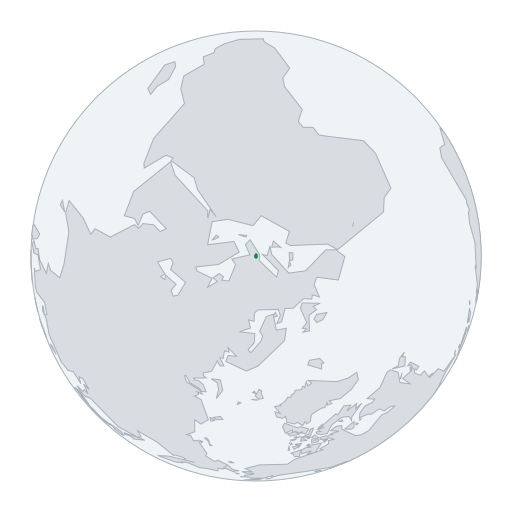 the Earth from above Korçë, rotated 180°
{"feature_id": "ALB-1521", "entity_name": "Korçë", "entity_type": "County", "adm_level": 1, "iso_a3": "ALB", "parent_name": "Albania", "parent_adm1": "", "projection": "orthographic", "projection_center": [20.625, 40.584], "detail": "fine", "context": "on_globe", "style": "filled", "palette": "green", "viewbox_px": 512, "rotation_deg": 180, "n_neighbors": 0, "source": "natural_earth", "source_scale": "10m", "svg_char_len": 11074}
<svg xmlns="http://www.w3.org/2000/svg" viewBox="0 0 512 512"><g transform="rotate(180 256 256)"><circle cx="256" cy="256" r="225" fill="#eef3f6" stroke="#a8b0b8"/><path d="M163.0,50.8L170.5,48.1L164.2,50.8L168.0,49.6L176.2,46.5L180.7,44.8L205.2,40.7L232.7,36.8L240.6,34.6L239.5,36.4L253.9,32.2L268.4,32.0L252.5,33.0L251.3,33.9L261.3,33.7L262.2,34.7L267.5,35.3L267.7,36.6L258.4,37.8L258.3,38.8L265.5,38.7L270.1,40.4L259.7,40.3L266.7,43.4L252.5,47.1L224.5,47.8L217.0,52.9L189.2,62.2L192.1,63.2L183.4,68.2L183.6,71.4L178.3,72.7L183.0,74.2L187.7,72.4L191.3,72.6L191.8,74.5L185.3,76.3L184.1,75.6L182.4,77.2L178.9,77.4L181.0,78.4L173.0,80.8L181.6,81.3L175.8,85.7L170.3,86.5L170.0,82.6L156.6,76.5L151.0,77.1L143.3,81.4L130.5,96.9L124.6,99.5L117.2,105.9L120.8,105.9L127.9,101.0L132.7,103.2L140.8,97.6L143.9,97.9L152.6,94.2L152.1,99.0L147.0,106.0L139.8,109.5L137.4,112.9L144.9,113.4L132.2,124.3L125.1,139.5L121.7,142.2L113.8,139.7L112.1,129.4L101.9,128.2L109.3,133.6L100.8,141.1L99.7,144.5L100.6,147.1L104.2,146.2L101.5,150.0L93.1,145.6L95.5,142.0L98.1,143.3L97.2,138.8L91.5,136.7L87.6,141.2L83.2,135.1L80.3,138.3L77.8,139.2L82.6,134.2L73.8,143.3L68.0,140.8L55.9,157.8L66.9,139.2L70.2,132.4L73.2,126.2L71.2,128.8L77.9,118.5L78.9,116.8L90.6,103.1L103.3,90.4L117.0,78.7L131.6,68.2L146.9,58.9L163.0,50.8ZM58.0,148.5L56.4,151.8L54.9,154.4L58.0,148.5ZM35.2,211.4L35.2,211.5L36.0,209.2L36.2,213.2L33.7,223.2L35.8,218.5L34.6,227.6L36.5,243.0L35.8,244.0L37.0,269.1L42.4,288.8L43.6,299.5L42.6,302.3L45.3,308.6L45.4,311.7L60.0,336.4L70.4,354.2L72.1,364.2L67.3,367.5L72.2,384.6L67.0,378.6L58.8,365.0L51.7,350.8L45.5,336.2L40.4,321.2L36.3,305.9L33.3,290.3L31.5,274.5L30.7,258.7L31.1,242.8L32.6,227.1L35.2,211.4ZM52.8,162.6L45.4,185.2L46.4,177.8L46.8,177.9L49.3,170.9L52.9,161.1L54.7,155.6L52.8,162.6ZM56.7,160.2L57.7,157.1L57.2,159.5L56.7,160.2ZM182.6,44.0L176.3,46.4L168.6,49.2L173.7,47.0L182.6,44.0ZM197.5,40.2L194.8,41.3L190.7,41.6L193.5,40.9L197.5,40.2ZM246.1,33.2L240.8,33.6L245.6,33.0L246.1,33.2ZM268.3,35.2L269.5,34.9L271.7,35.4L268.3,35.2ZM152.2,91.8L152.4,93.0L150.7,93.0L152.2,91.8ZM155.8,89.2L153.8,88.5L155.2,87.2L156.4,87.7L155.8,89.2ZM274.0,38.0L277.3,39.3L272.4,38.2L274.0,38.0ZM158.0,90.5L157.9,85.0L160.5,82.8L167.2,82.9L158.0,90.5ZM278.1,40.1L286.2,43.6L289.6,43.0L284.5,47.1L279.4,42.5L272.8,41.1L277.3,41.1L278.1,40.1ZM189.0,71.1L184.0,73.0L187.7,69.7L189.0,71.1ZM190.5,69.0L196.6,59.6L204.3,58.0L200.7,61.2L210.2,58.2L210.9,61.9L205.8,64.5L200.7,64.7L204.9,66.1L190.5,69.0ZM280.4,49.1L281.0,50.3L278.6,49.3L280.4,49.1ZM193.0,72.4L193.6,70.5L200.3,68.9L200.4,72.5L198.2,71.8L193.0,72.4ZM212.4,55.7L217.4,55.3L219.3,58.2L221.5,58.6L211.6,61.9L212.4,55.7ZM196.9,73.1L200.2,74.4L197.6,77.0L192.9,74.2L196.9,73.1ZM202.0,67.1L205.2,66.6L203.4,68.0L202.0,67.1ZM190.0,87.4L190.5,84.7L194.0,83.6L190.0,87.4ZM201.7,74.7L202.6,73.9L204.0,73.2L205.6,74.6L201.7,74.7ZM213.7,63.9L213.4,65.3L217.8,62.6L219.4,65.0L212.5,66.9L216.2,67.1L216.7,67.8L210.5,68.6L213.7,63.9ZM211.5,74.2L203.3,77.9L201.6,82.8L198.4,83.9L201.8,75.9L211.5,74.2ZM211.5,70.8L210.8,73.1L207.2,73.1L205.4,71.5L211.5,70.8ZM223.0,66.0L222.3,61.9L223.8,61.6L223.0,66.0ZM211.8,75.6L213.7,74.7L212.0,75.9L211.8,75.6ZM220.4,68.9L219.9,67.4L221.7,67.1L220.4,68.9ZM218.1,74.3L215.4,75.4L214.1,74.3L218.1,74.3ZM219.7,71.8L222.2,71.8L215.3,73.2L219.2,71.1L219.7,71.8ZM222.1,68.9L223.0,68.3L222.0,69.6L222.1,68.9ZM224.5,78.2L216.0,80.2L213.2,77.6L221.8,75.9L224.5,78.2ZM136.4,358.5L121.1,323.8L127.8,314.4L128.5,300.0L174.3,262.4L184.6,267.9L221.5,266.5L226.2,268.9L222.6,280.7L250.8,296.3L259.0,286.3L283.9,292.7L299.9,290.3L304.4,267.2L278.1,270.5L272.8,259.9L293.3,247.6L316.2,245.0L314.9,240.9L299.9,233.7L304.5,224.7L294.6,230.5L299.0,234.3L292.9,238.4L288.5,235.2L290.3,231.9L283.2,230.9L276.4,247.3L280.2,253.0L262.0,257.2L266.6,267.3L261.9,272.3L252.3,257.3L252.8,251.5L235.5,234.9L233.4,241.2L249.6,257.6L244.8,256.3L242.0,265.9L240.3,257.6L223.2,238.9L206.4,241.2L186.1,262.2L176.0,262.2L167.2,255.4L173.6,232.0L195.3,234.8L197.9,227.4L192.6,215.0L199.7,217.2L200.2,212.8L208.3,213.4L218.9,203.8L227.0,203.5L230.4,190.2L235.0,188.4L231.7,196.6L233.7,202.5L253.8,202.1L257.4,199.2L258.0,190.8L263.5,192.1L261.5,184.0L272.6,180.2L257.3,178.4L257.6,169.4L263.9,162.3L261.2,159.2L251.0,170.9L249.4,176.0L252.4,180.8L245.6,195.4L238.9,197.8L235.6,181.9L225.7,183.8L227.5,171.3L254.0,146.0L265.5,140.9L286.2,150.6L283.9,156.5L275.4,155.7L284.0,164.4L283.0,159.8L287.5,161.2L288.9,153.6L292.2,154.2L287.9,146.1L292.1,146.1L294.7,151.2L300.4,140.7L308.8,139.0L308.5,136.4L305.8,134.1L318.4,133.9L317.6,132.1L313.2,131.3L308.7,127.3L305.8,120.2L310.3,120.5L312.0,123.1L322.2,129.3L326.0,136.6L327.5,136.1L325.4,129.9L312.8,122.2L309.8,117.9L316.1,120.7L313.6,119.4L313.5,117.4L317.6,115.9L310.9,112.5L303.7,92.3L311.0,87.9L317.4,92.2L317.2,80.2L325.4,77.4L321.3,76.6L318.4,71.0L315.8,71.8L313.6,71.0L305.1,58.5L306.5,56.2L298.2,51.0L296.1,50.7L294.5,52.0L284.5,47.1L289.6,43.0L294.1,43.7L294.2,41.1L304.5,43.4L313.0,44.5L324.2,49.3L330.0,50.2L329.3,49.2L336.7,50.1L354.2,56.5L342.9,55.8L317.3,49.6L328.0,52.2L326.4,53.2L330.7,55.2L338.2,57.3L338.5,56.5L354.7,69.8L374.4,81.2L371.0,75.3L374.6,74.8L393.9,85.4L421.7,113.8L426.8,115.7L430.9,119.7L434.8,126.3L429.0,120.5L427.9,122.3L424.0,118.4L428.4,127.9L423.0,122.7L429.1,133.2L433.0,135.2L431.1,128.3L438.7,140.3L444.0,141.7L450.8,150.3L462.8,177.3L465.8,193.2L467.2,197.0L465.2,197.7L467.3,209.6L475.1,219.5L476.6,225.0L477.7,244.2L476.9,240.5L471.5,242.4L474.0,257.1L478.2,259.0L479.8,268.5L478.1,271.3L476.1,263.4L474.1,263.7L472.1,251.6L465.6,238.8L463.7,248.6L461.4,241.6L452.2,234.3L448.0,248.0L443.1,280.2L446.4,299.0L442.9,311.5L428.7,293.8L421.3,277.7L416.9,283.3L401.7,274.9L377.5,287.4L373.5,283.6L369.0,288.4L358.3,287.2L351.9,280.4L345.7,283.3L362.5,300.9L369.1,297.8L373.9,286.5L377.4,293.6L387.7,296.2L378.3,320.5L341.4,350.3L336.9,336.7L304.1,301.0L304.6,295.9L304.4,295.4L304.0,294.4L301.9,302.9L295.9,295.3L314.4,322.4L317.9,334.3L340.9,351.4L339.0,354.2L346.1,356.7L367.8,343.9L368.1,348.6L358.4,373.5L327.5,408.4L331.2,423.4L328.1,436.2L307.9,447.6L308.6,455.2L298.0,459.4L296.7,463.4L287.6,468.2L272.8,472.6L248.7,473.2L248.0,470.4L237.1,463.8L222.3,443.8L229.2,434.0L227.4,425.2L209.8,402.7L213.7,390.6L208.8,384.6L198.9,384.6L193.2,377.1L187.0,376.0L148.5,371.3L136.4,358.5ZM159.4,285.4L158.4,289.8L159.4,285.4ZM341.4,253.6L354.5,250.1L347.0,237.7L351.4,235.5L347.2,232.3L346.4,236.9L335.9,227.7L341.0,221.6L338.6,215.8L334.1,216.8L326.4,229.6L341.4,242.5L339.0,249.4L341.4,253.6ZM36.7,243.3L36.6,247.1L36.1,244.7L36.7,243.3ZM44.8,180.5L44.1,183.8L43.1,186.9L43.4,185.0L44.8,180.5ZM42.6,207.2L42.5,211.7L41.8,208.6L42.6,207.2ZM44.7,188.6L42.5,204.0L41.4,199.3L43.0,189.8L42.9,194.1L44.7,188.6ZM53.7,163.9L52.8,166.5L52.0,167.6L53.7,163.9ZM56.3,162.0L56.4,161.4L57.5,159.1L56.3,162.0ZM101.3,141.3L101.8,141.8L102.0,145.0L100.4,144.5L101.3,141.3ZM112.3,153.9L107.6,159.8L109.8,155.1L106.6,155.3L107.2,146.0L120.0,143.1L114.1,145.9L112.3,153.9ZM111.7,133.6L109.8,139.3L111.3,133.2L111.7,133.6ZM195.1,189.5L198.1,192.8L195.4,197.6L185.1,199.5L189.0,192.4L195.1,189.5ZM203.0,196.6L202.6,181.1L209.0,179.8L205.5,183.1L209.7,183.7L205.2,189.3L211.7,203.8L209.7,209.1L191.8,208.7L198.8,205.7L195.4,202.4L203.0,196.6ZM190.4,148.5L190.3,143.0L204.2,147.0L202.7,151.7L192.3,153.5L188.1,149.0L190.4,148.5ZM170.0,92.3L169.1,90.8L170.9,90.2L173.2,90.9L170.0,92.3ZM189.9,86.2L176.0,98.3L174.2,97.1L168.2,106.2L161.2,106.8L165.3,100.8L155.4,108.4L156.4,103.2L150.2,108.9L160.1,95.4L160.5,91.4L162.7,95.5L169.1,94.9L172.1,93.5L180.6,86.8L184.7,78.6L191.8,77.2L195.7,78.4L195.7,80.1L191.1,80.4L194.6,82.6L188.0,84.3L189.9,86.2ZM237.1,100.2L231.7,98.6L237.5,105.5L231.0,106.4L232.0,107.1L227.6,110.0L224.0,114.9L220.9,114.6L220.9,116.7L217.9,118.8L216.8,121.7L210.9,122.3L209.1,125.9L207.3,124.2L205.7,130.4L204.2,126.1L200.3,128.8L203.8,131.5L174.6,130.4L163.5,134.1L155.1,139.7L153.7,132.3L160.7,122.6L171.8,113.4L182.7,111.3L180.1,108.6L184.5,106.9L184.7,109.7L187.1,104.4L190.8,103.8L200.7,97.2L201.7,90.5L205.4,88.1L206.8,90.5L209.4,86.5L214.6,89.6L217.3,88.0L225.2,89.8L226.4,95.7L229.3,93.6L235.4,95.1L237.1,100.2ZM226.6,78.8L229.5,85.1L227.3,88.8L214.6,84.3L211.4,85.3L203.2,83.1L206.5,77.9L208.6,78.9L211.3,78.8L209.2,80.4L213.0,79.0L215.9,80.5L219.6,79.9L219.6,82.0L226.6,78.8ZM231.2,264.5L234.7,265.2L240.3,264.8L238.6,271.0L231.2,264.5ZM219.3,252.0L222.5,251.4L222.8,259.5L219.1,259.0L219.3,252.0ZM223.9,244.4L222.6,250.7L221.1,247.0L223.9,244.4ZM234.6,195.8L238.0,194.8L238.4,196.8L236.7,199.7L234.6,195.8ZM252.9,122.8L250.1,120.8L251.0,119.8L248.8,113.6L253.5,112.8L256.7,116.1L252.9,122.8ZM300.1,271.8L295.7,276.8L293.2,275.1L295.2,273.7L300.1,271.8ZM265.8,275.0L273.8,277.3L265.3,276.7L265.8,275.0ZM257.6,120.8L256.1,118.3L259.4,119.5L257.6,120.8ZM256.8,111.9L260.6,112.6L253.8,112.0L256.8,111.9ZM364.2,423.6L347.1,447.1L337.1,450.2L336.3,445.6L343.4,432.5L355.2,425.4L361.4,417.6L364.2,423.6ZM479.3,285.7L478.1,287.8L472.3,278.2L474.5,273.5L479.7,273.0L479.5,276.5L480.3,276.7L479.4,284.7L479.3,285.7ZM481.2,262.3L481.2,259.0L481.1,252.5L481.2,249.1L479.6,228.9L481.0,245.6L481.2,262.3ZM447.3,300.1L451.8,307.3L449.5,311.7L447.3,300.1ZM474.7,202.0L477.4,214.6L474.2,200.1L474.7,202.0ZM471.4,190.2L472.4,193.4L472.0,192.1L471.4,190.2ZM469.4,201.9L469.5,206.5L468.4,204.1L467.6,196.9L469.4,201.9ZM456.0,157.9L460.2,165.0L461.7,168.1L459.7,165.5L456.0,157.9ZM295.6,113.4L293.4,122.6L294.9,129.4L300.7,133.2L291.6,132.1L289.3,121.6L295.6,113.4ZM302.2,94.6L297.2,91.9L299.9,90.8L301.4,91.3L302.2,94.6ZM298.8,94.6L291.6,95.5L289.1,92.6L295.3,92.3L298.8,94.6ZM274.7,107.5L273.7,110.2L271.1,109.1L274.7,107.5ZM470.8,188.1L471.4,190.3L466.3,177.3L465.3,173.8L469.6,184.7L469.8,185.1L470.8,188.1ZM431.3,116.6L428.7,114.1L426.3,110.6L428.8,113.3L431.3,116.6ZM416.1,98.3L424.8,108.9L431.3,118.3L431.6,117.7L437.3,124.7L434.3,122.6L426.2,112.1L422.1,106.1L416.9,101.0L411.1,94.7L405.3,90.3L401.3,86.7L405.3,89.0L416.1,98.3ZM402.9,88.8L390.7,80.5L388.4,76.7L390.5,77.7L397.1,82.9L398.0,84.5L402.9,88.8ZM387.1,77.5L387.8,79.2L371.3,73.6L367.3,71.7L378.5,73.1L379.8,74.9L384.3,77.1L387.1,77.5ZM283.2,50.1L281.2,50.2L282.1,49.4L283.2,50.1ZM312.3,71.6L309.4,70.4L310.6,69.2L312.3,71.6ZM302.3,66.7L302.9,68.8L300.4,66.4L302.3,66.7ZM304.8,73.9L302.3,69.6L307.4,74.0L304.8,73.9Z" fill="#d9dde1" stroke="#a8b0b8" stroke-width="1"/><path d="M255.9,254.0L256.0,254.0L256.2,254.4L256.2,254.6L256.3,254.7L256.3,254.8L256.5,254.8L256.6,254.7L256.8,254.7L257.0,254.8L257.0,255.0L256.9,255.3L257.0,255.3L257.1,255.5L257.2,255.8L257.2,256.0L257.0,256.3L256.9,256.4L256.9,256.5L256.7,256.4L256.6,256.5L256.4,256.6L256.4,256.8L256.4,257.0L256.2,257.2L256.2,257.3L256.2,257.5L256.1,257.8L256.0,258.0L255.9,257.9L255.7,257.7L255.6,257.4L255.7,257.2L255.5,256.9L255.5,256.7L255.4,256.7L255.5,256.6L255.4,256.5L255.4,256.3L255.4,256.2L255.3,255.9L255.2,255.9L255.2,255.7L255.0,255.4L255.4,255.3L255.5,255.3L255.5,255.2L255.4,254.9L255.3,254.7L255.4,254.4L255.5,254.3L255.7,254.2L255.8,254.2L255.9,254.3L255.9,254.2L255.9,254.0Z" fill="#22c55e" stroke="#15803d" stroke-width="1.5"/></g></svg>